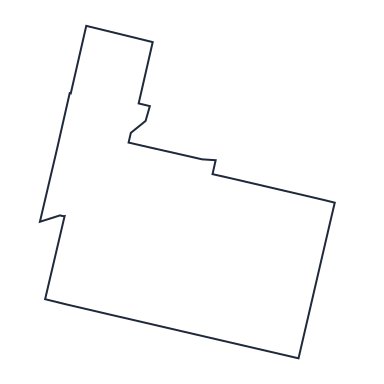 the district of Geary, Kansas, United States of America, rotated 13°
{"feature_id": "52423323B10299341155565", "entity_name": "Geary", "entity_type": "district", "adm_level": 2, "iso_a3": "USA", "parent_name": "United States of America", "parent_adm1": "Kansas", "projection": "mercator", "projection_center": [-96.82, 39.045], "detail": "fine", "context": "isolated", "style": "outline", "palette": "slate", "viewbox_px": 384, "rotation_deg": 13, "n_neighbors": 0, "source": "geoboundaries", "source_scale": "gbopen_adm2", "svg_char_len": 498}
<svg xmlns="http://www.w3.org/2000/svg" viewBox="0 0 384 384"><g transform="rotate(13 192 192)"><path d="M50.6,123.2L50.8,180.4L50.5,255.2L68.8,244.4L70.3,244.6L70.7,244.5L72.6,244.4L73.3,244.1L73.0,329.5L95.3,329.8L140.8,329.9L333.2,330.1L333.4,193.1L333.5,170.3L322.1,170.1L224.3,169.9L208.0,170.0L207.9,155.7L194.5,157.9L134.3,158.1L119.1,158.1L119.1,148.1L130.8,133.2L131.6,117.8L120.1,117.7L120.0,54.8L51.6,53.9L51.7,123.2L50.6,123.2Z" fill="none" stroke="#1e293b" stroke-width="2"/></g></svg>